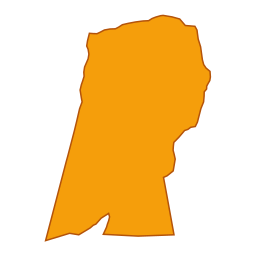 Santo Inácio, Paraná, Brazil
{"feature_id": "56859067B19800115986523", "entity_name": "Santo Inácio", "entity_type": "district", "adm_level": 2, "iso_a3": "BRA", "parent_name": "Brazil", "parent_adm1": "Paraná", "projection": "robinson", "projection_center": [-51.799, -22.725], "detail": "fine", "context": "isolated", "style": "filled", "palette": "amber", "viewbox_px": 256, "rotation_deg": 0, "n_neighbors": 0, "source": "geoboundaries", "source_scale": "gbopen_adm2", "svg_char_len": 1122}
<svg xmlns="http://www.w3.org/2000/svg" viewBox="0 0 256 256"><path d="M89.4,33.3L87.5,40.9L86.7,46.0L88.1,49.3L88.9,54.1L88.1,58.9L84.6,67.0L83.8,72.2L84.1,76.3L82.7,80.9L81.4,84.6L80.1,90.0L81.4,98.1L82.1,101.9L81.1,104.6L79.6,108.7L76.8,120.8L74.3,131.1L67.9,155.6L66.4,161.0L45.6,240.6L69.6,233.3L78.8,234.8L90.2,227.9L93.3,225.2L95.9,224.1L101.1,218.2L108.6,213.4L109.6,216.9L108.6,220.9L107.5,223.9L106.5,227.3L103.3,234.3L138.1,236.1L174.0,234.8L168.0,201.8L164.2,181.1L163.5,177.4L167.1,175.8L173.2,170.9L175.2,159.1L174.2,154.5L173.1,150.2L173.4,145.8L173.8,142.4L178.9,137.2L184.6,130.5L187.9,129.4L190.7,127.3L195.3,126.5L197.4,122.2L200.9,108.6L203.6,101.9L204.1,96.0L204.2,91.9L206.6,89.0L206.7,86.1L208.2,83.3L209.8,80.5L210.4,77.0L210.0,71.4L206.0,68.0L203.7,64.6L202.4,59.8L200.6,46.8L198.2,39.1L197.4,33.3L197.0,30.1L194.9,26.3L185.3,25.5L179.7,19.0L172.1,16.9L163.1,15.4L160.6,15.7L155.7,17.1L152.1,18.5L148.6,20.7L142.8,21.0L135.3,22.0L128.0,23.4L122.4,24.7L118.7,27.1L115.4,28.8L110.0,29.0L104.4,30.0L100.4,32.1L97.0,33.7L93.3,33.6L89.4,33.3Z" fill="#f59e0b" stroke="#b45309" stroke-width="1.5"/></svg>